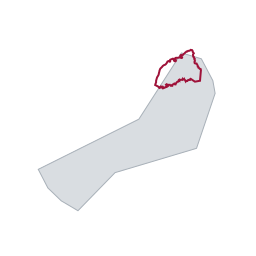 Inarajan, Guam (highlighted), rotated 199°
{"feature_id": "77769853B63444042999452", "entity_name": "Inarajan", "entity_type": "district", "adm_level": 2, "iso_a3": "GUM", "parent_name": "Guam", "parent_adm1": "", "projection": "mercator", "projection_center": [144.738, 13.293], "detail": "fine", "context": "in_parent", "style": "outline", "palette": "rose", "viewbox_px": 256, "rotation_deg": 199, "n_neighbors": 0, "source": "geoboundaries", "source_scale": "gbopen_adm2", "svg_char_len": 2091}
<svg xmlns="http://www.w3.org/2000/svg" viewBox="0 0 256 256"><g transform="rotate(199 128 128)"><path d="M101.9,216.4L81.2,217.3L63.2,200.4L56.9,189.1L56.6,131.1L125.7,81.6L148.4,33.5L167.4,37.4L184.2,45.2L199.4,59.7L120.6,139.9L101.9,216.4Z" fill="#d9dde1" stroke="#a8b0b8" stroke-width="1"/><path d="M75.3,196.1L77.9,206.5L78.5,207.4L79.5,207.3L80.1,207.8L81.0,207.9L81.4,208.7L82.1,208.8L82.4,209.7L84.2,211.3L85.2,210.9L86.0,211.0L86.7,212.1L86.5,213.2L87.0,213.8L87.4,215.0L87.8,214.9L88.2,215.8L89.0,216.2L89.1,216.8L89.8,217.1L90.5,218.7L90.1,220.1L90.8,220.5L91.0,220.6L91.8,221.2L91.8,221.7L92.7,222.5L94.2,222.3L94.8,221.2L96.4,220.4L96.7,219.7L97.3,219.6L97.6,219.4L97.9,218.7L98.4,218.1L98.7,217.2L99.6,215.9L100.0,214.7L100.4,214.4L100.6,214.4L101.6,214.4L102.0,213.9L102.1,213.4L102.0,213.0L101.7,212.7L100.1,212.5L99.8,212.4L99.8,211.9L100.2,211.6L100.7,211.6L102.5,211.4L103.7,210.6L105.5,210.0L106.0,209.6L106.0,209.1L104.7,207.7L104.7,206.7L105.2,206.4L105.9,206.4L106.5,206.7L107.6,208.2L108.1,208.2L110.3,206.3L110.4,205.7L109.8,204.7L109.9,204.4L110.4,204.2L111.0,204.6L111.5,204.5L112.3,203.7L112.5,202.4L112.5,202.1L113.0,200.8L113.0,200.7L113.4,200.0L113.8,199.7L114.5,199.1L115.3,198.0L115.7,196.8L116.8,194.6L116.9,192.6L116.7,191.4L116.7,190.6L116.4,188.3L116.6,187.1L117.0,185.3L116.9,183.3L116.8,181.7L116.3,180.4L116.4,178.7L116.3,178.0L116.3,177.5L111.7,176.8L111.8,176.3L111.2,176.1L110.7,176.6L110.4,178.0L109.7,178.0L109.0,177.2L107.9,176.8L107.5,177.2L107.7,177.9L107.1,177.6L106.4,178.0L106.0,178.8L105.0,179.2L104.6,179.7L105.3,179.7L105.0,180.3L106.2,181.3L105.7,182.0L103.9,181.5L103.8,182.0L102.4,182.5L101.5,181.8L100.0,182.3L100.3,183.1L99.7,183.6L99.4,184.3L97.7,184.6L98.1,185.3L97.1,185.5L96.9,186.8L96.4,187.8L95.6,188.2L95.6,189.4L94.9,189.3L95.3,190.1L95.1,190.6L94.1,190.5L92.8,191.2L92.4,191.2L92.3,192.0L92.0,191.7L91.2,191.9L90.9,192.7L90.2,192.0L89.7,191.9L88.6,190.8L88.5,191.2L87.4,191.7L87.5,192.0L86.6,192.8L86.6,193.1L85.3,193.5L85.5,193.9L84.8,194.9L79.8,193.6L75.3,196.1Z" fill="none" stroke="#9f1239" stroke-width="2"/></g></svg>